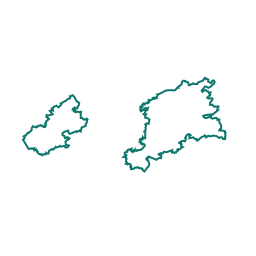 the district of Acatlán, Puebla, Mexico, rotated 62°
{"feature_id": "50627088B33588615579105", "entity_name": "Acatlán", "entity_type": "district", "adm_level": 2, "iso_a3": "MEX", "parent_name": "Mexico", "parent_adm1": "Puebla", "projection": "equal_earth", "projection_center": [-98.098, 18.124], "detail": "fine", "context": "isolated", "style": "outline", "palette": "teal", "viewbox_px": 256, "rotation_deg": 62, "n_neighbors": 0, "source": "geoboundaries", "source_scale": "gbopen_adm2", "svg_char_len": 5882}
<svg xmlns="http://www.w3.org/2000/svg" viewBox="0 0 256 256"><g transform="rotate(62 128 128)"><path d="M113.5,102.9L115.1,106.4L115.4,106.3L115.1,107.2L115.6,107.4L115.5,106.3L116.2,106.5L116.4,106.0L117.1,107.8L117.9,108.1L117.9,108.8L119.3,108.8L119.3,106.1L119.9,105.0L119.1,104.1L118.7,104.6L118.5,103.7L118.9,102.6L119.9,102.4L119.8,101.1L121.1,102.3L121.1,104.0L123.1,106.9L123.1,107.7L124.4,107.1L124.7,105.9L125.4,107.0L126.9,108.0L128.7,106.0L130.6,105.1L134.0,107.8L132.7,109.4L133.1,109.7L133.0,111.1L134.3,110.8L136.0,112.5L137.2,112.8L138.4,113.9L138.8,115.3L139.5,114.6L145.1,117.6L144.0,118.6L144.5,118.7L144.7,119.6L144.2,119.1L143.3,119.2L144.2,119.7L144.1,120.6L143.6,120.6L143.5,122.5L143.8,123.0L144.4,122.7L144.9,123.4L145.3,123.2L145.8,124.2L146.5,123.4L147.5,123.9L147.7,122.9L148.5,122.7L148.8,123.3L149.2,123.2L149.0,122.1L150.0,121.3L151.5,121.3L153.2,125.7L153.2,127.4L152.7,128.3L152.2,131.1L151.5,130.9L151.1,132.4L150.8,132.3L151.4,133.0L150.7,133.3L151.1,134.1L150.3,134.1L150.9,135.4L149.7,135.3L149.2,136.2L148.5,136.0L147.9,135.0L147.3,138.5L148.6,139.7L148.0,140.1L148.5,141.0L148.2,142.5L149.6,143.0L151.2,142.2L151.6,143.6L151.2,144.7L151.5,145.5L152.1,144.0L153.2,143.4L153.8,144.2L154.6,144.4L154.9,144.0L156.4,145.6L158.0,145.1L158.6,146.5L159.0,145.8L159.8,145.7L159.9,144.2L161.2,142.9L163.3,144.2L163.6,144.2L163.6,143.6L164.1,144.0L164.5,143.6L165.5,144.6L166.3,143.7L166.7,141.9L166.2,140.5L167.1,138.8L167.2,137.6L168.5,137.4L169.2,135.7L170.6,135.1L170.6,134.5L172.9,134.6L174.1,133.9L171.8,129.1L171.9,128.6L170.3,126.3L166.3,125.4L164.7,126.5L163.9,126.4L164.2,125.1L163.5,124.6L163.6,124.1L163.2,124.3L163.3,123.7L162.9,123.2L169.4,117.8L169.0,115.6L169.4,113.8L170.0,113.3L169.4,112.9L169.5,112.4L167.9,111.7L166.0,113.3L165.5,113.2L165.6,110.7L166.4,110.2L166.8,109.0L165.8,107.4L167.5,105.2L168.3,99.6L169.1,100.5L170.3,100.8L170.6,100.3L170.4,99.4L171.9,98.7L171.8,97.5L172.2,97.0L171.4,96.3L171.4,94.4L171.0,93.9L170.5,94.1L170.7,93.4L170.4,93.3L171.1,92.4L170.4,90.0L170.5,88.6L169.1,89.5L167.6,88.7L166.7,89.7L167.2,88.3L166.2,88.1L164.9,90.5L164.9,86.3L165.5,84.7L166.4,84.2L166.5,83.7L164.7,82.0L163.9,81.7L163.5,82.1L161.6,79.0L162.1,76.9L163.6,76.1L163.6,77.6L164.9,78.0L165.7,77.5L166.0,78.1L166.9,74.8L168.9,74.0L170.0,72.6L171.1,73.3L171.8,72.4L170.5,67.0L171.0,65.0L170.5,63.7L171.2,63.4L171.4,63.9L172.4,63.0L173.0,63.2L172.5,60.7L173.6,59.8L174.6,57.5L174.5,56.7L176.5,53.8L179.7,52.0L179.7,50.4L180.5,49.3L182.4,49.2L183.3,47.6L182.1,46.5L181.2,46.4L180.5,45.4L178.7,45.0L178.0,44.1L177.3,44.5L176.2,43.9L173.8,47.0L173.1,48.5L172.2,47.6L172.2,46.2L170.8,45.1L168.5,44.5L165.5,44.7L163.4,43.4L162.6,45.3L161.8,44.7L160.3,45.5L159.5,48.7L158.8,49.5L157.9,50.1L156.8,49.4L156.3,50.1L156.2,53.3L155.4,55.2L153.3,56.1L152.6,55.9L153.1,53.4L154.8,48.8L155.9,47.2L155.4,47.0L155.5,45.2L154.7,41.0L154.5,41.5L152.8,39.7L151.7,38.1L151.6,37.2L151.0,39.3L149.9,40.8L149.9,41.8L146.9,42.7L146.8,43.6L145.9,44.8L144.2,43.7L142.8,40.3L141.8,39.6L140.8,40.5L139.8,43.0L138.8,43.9L138.3,43.6L137.7,41.7L137.8,40.1L136.6,39.4L135.9,39.9L135.3,38.6L134.4,40.2L133.3,40.2L132.0,41.4L131.1,41.4L130.5,43.0L131.0,45.3L129.6,45.4L127.5,40.4L128.5,39.2L130.3,38.1L130.2,34.9L129.3,33.1L129.5,31.8L128.2,29.9L126.4,29.8L125.8,31.4L127.3,33.3L127.1,33.8L124.5,35.5L123.1,34.4L122.5,34.5L121.4,35.6L121.4,36.3L120.6,36.0L119.8,36.6L120.7,38.8L121.4,39.5L120.7,44.1L120.8,45.1L121.7,46.3L120.1,48.9L119.3,49.4L119.6,49.7L119.0,51.5L119.3,53.0L118.7,54.2L116.1,53.4L114.3,55.1L113.5,55.3L113.6,55.8L112.9,56.0L112.3,56.8L112.4,58.2L114.6,60.4L115.1,62.2L114.8,62.9L115.2,63.5L115.4,64.9L116.2,64.7L115.8,66.6L116.7,68.1L116.5,69.7L114.6,72.5L112.7,76.9L112.6,84.7L112.3,85.8L112.6,85.6L113.1,86.8L114.1,87.6L114.1,89.2L113.6,90.5L114.9,89.5L114.5,91.6L113.8,92.2L114.2,93.5L113.9,95.5L112.9,96.3L113.7,97.3L114.8,97.0L114.8,98.1L115.3,98.3L114.7,99.3L115.2,99.4L114.7,100.4L114.6,101.8L115.0,102.3L114.7,103.3L113.8,102.4L113.5,102.9ZM100.7,222.7L101.3,222.5L101.2,221.8L102.0,221.1L102.0,220.6L102.6,221.2L103.5,221.0L103.6,220.1L104.0,220.6L104.2,220.0L103.8,219.3L106.2,218.9L106.4,219.4L107.7,218.4L107.3,218.9L108.2,219.2L110.3,217.9L110.2,216.9L111.5,216.6L111.1,216.2L111.7,215.2L111.7,214.2L112.5,213.6L112.4,212.5L111.5,211.9L112.8,211.2L113.2,210.1L111.1,208.5L110.9,204.6L111.9,204.4L112.0,203.5L110.7,200.7L111.5,200.4L112.0,198.3L111.8,196.4L113.0,195.9L114.0,192.4L115.9,192.4L116.7,190.3L115.7,188.4L114.1,190.3L112.7,190.4L110.7,189.6L110.1,188.0L110.1,185.3L109.7,184.5L109.2,184.7L108.6,186.3L107.7,185.8L107.2,188.4L105.5,187.8L103.6,189.1L101.9,188.3L101.5,186.3L102.2,182.1L104.4,182.7L106.0,182.0L106.5,175.5L107.5,175.2L107.3,173.1L108.9,171.3L107.4,171.0L107.5,170.2L105.8,168.7L106.3,164.3L104.6,163.5L103.9,162.0L103.3,161.2L102.2,161.0L101.5,159.7L100.3,160.0L100.2,162.4L99.2,163.5L97.8,163.6L97.0,165.0L92.8,162.9L91.9,161.8L91.4,162.0L90.9,164.0L89.6,165.1L89.6,166.6L88.1,167.8L87.7,166.3L87.4,166.2L85.8,168.2L85.0,167.1L84.9,165.5L86.0,165.1L86.8,163.5L85.7,162.8L84.9,160.9L82.9,159.3L80.3,160.8L74.9,160.8L72.9,161.7L73.1,163.3L72.7,164.4L74.3,164.8L74.7,165.4L74.1,166.9L74.9,170.9L74.5,171.6L74.9,172.8L74.7,175.6L75.4,175.3L75.9,175.8L77.2,179.6L74.7,180.8L74.5,183.4L75.0,184.5L74.8,186.0L75.7,186.7L76.5,185.7L77.4,186.0L76.9,186.5L76.3,189.0L80.5,188.1L79.4,193.2L78.4,193.7L79.9,194.9L82.1,193.6L82.9,193.6L82.7,194.6L83.5,195.3L83.4,196.1L83.8,197.2L84.7,197.7L85.1,198.9L85.4,198.5L85.7,199.2L86.4,199.1L87.3,200.2L87.5,199.8L88.2,200.9L87.5,202.2L86.5,202.1L85.4,202.9L85.5,203.3L84.5,203.8L84.6,204.4L84.1,205.2L84.2,206.8L83.9,207.2L84.4,207.4L84.5,208.6L81.8,211.3L82.4,211.7L82.6,212.8L84.6,214.1L85.3,216.2L85.3,217.7L85.8,217.9L85.4,219.3L86.8,221.8L86.2,222.8L86.4,224.0L87.2,223.6L88.6,224.2L88.9,226.2L99.9,225.6L100.7,222.7Z" fill="none" stroke="#0f766e" stroke-width="2"/></g></svg>